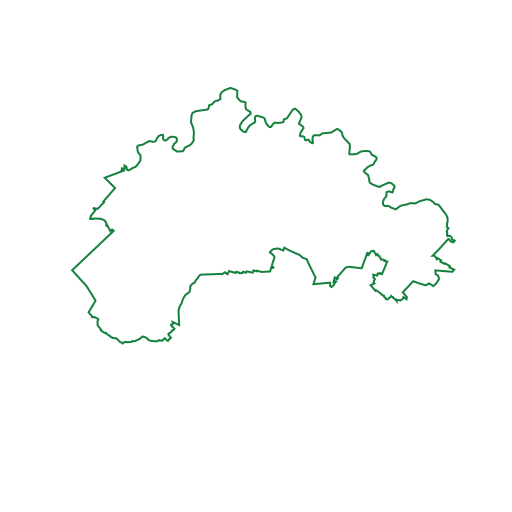 José Sixto Verduzco, Michoacán, Mexico (Albers equal-area conic projection), rotated 36°
{"feature_id": "50627088B2791388082970", "entity_name": "José Sixto Verduzco", "entity_type": "district", "adm_level": 2, "iso_a3": "MEX", "parent_name": "Mexico", "parent_adm1": "Michoacán", "projection": "albers", "projection_center": [-101.555, 20.242], "detail": "fine", "context": "isolated", "style": "outline", "palette": "green", "viewbox_px": 512, "rotation_deg": 36, "n_neighbors": 0, "source": "geoboundaries", "source_scale": "gbopen_adm2", "svg_char_len": 6148}
<svg xmlns="http://www.w3.org/2000/svg" viewBox="0 0 512 512"><g transform="rotate(36 256 256)"><path d="M393.3,120.2L391.9,118.2L390.5,115.1L388.8,112.8L385.9,111.0L373.9,107.3L372.0,107.8L370.6,108.7L367.4,108.1L363.5,108.4L360.6,109.9L356.2,115.5L354.0,119.8L349.7,122.6L348.0,125.3L344.5,129.0L343.0,131.5L341.7,136.0L337.2,137.4L333.8,137.6L330.9,139.8L329.5,139.9L328.2,139.3L327.1,138.0L326.1,134.8L326.3,130.8L324.1,127.7L325.4,125.6L328.9,124.5L329.0,123.6L328.0,121.5L327.8,119.3L327.5,118.5L326.6,117.9L322.8,117.5L320.2,118.6L316.7,124.7L315.7,127.1L314.8,127.8L309.0,129.5L305.6,129.8L304.4,129.5L301.6,126.6L298.9,124.6L294.8,124.5L293.4,124.0L293.3,122.7L294.1,118.5L295.6,115.2L297.0,113.5L297.1,112.6L296.7,109.8L296.7,107.0L296.3,106.1L295.3,105.5L292.8,105.5L290.3,106.1L287.4,104.7L286.4,104.6L285.3,105.1L282.1,107.3L279.5,109.8L277.4,114.5L272.1,118.7L271.2,118.3L267.2,111.5L265.7,110.3L257.3,108.7L255.2,107.7L253.8,106.3L252.1,105.3L248.0,105.2L246.8,105.7L244.3,111.9L237.7,117.7L236.6,121.0L232.4,123.8L231.8,125.2L232.0,126.6L233.4,128.8L235.6,131.0L235.3,131.7L232.2,131.9L230.5,131.0L229.5,131.4L228.5,133.1L227.3,133.2L225.3,131.4L223.7,131.5L221.5,133.1L220.7,132.8L219.4,129.4L219.4,124.8L218.6,124.0L217.0,123.7L213.0,123.8L211.2,116.8L209.7,115.4L205.5,114.1L201.5,113.8L200.7,114.1L199.7,116.4L200.1,125.7L200.0,126.8L198.8,128.0L198.4,129.2L199.4,131.5L197.8,133.6L196.3,134.6L195.7,135.5L192.6,137.1L192.2,139.3L192.3,142.6L191.9,143.3L191.1,143.7L189.9,143.7L187.4,143.1L185.2,142.1L182.5,139.9L181.3,139.6L179.7,139.9L174.1,142.0L173.7,142.6L173.5,143.5L173.9,144.8L176.2,147.5L176.5,148.4L174.4,153.6L174.2,155.0L174.3,158.2L174.8,160.7L174.7,161.9L173.4,162.6L172.3,162.7L168.9,162.5L167.3,161.5L166.2,159.7L165.9,154.8L167.3,146.9L168.1,144.4L167.8,143.6L166.6,142.8L161.8,143.1L160.6,142.3L159.0,140.5L157.5,138.1L156.0,138.1L153.5,139.5L152.0,139.8L147.4,138.6L144.0,133.5L141.9,133.4L136.6,135.0L133.2,140.1L132.1,143.4L132.1,145.4L132.6,147.0L134.9,149.9L133.9,152.6L132.8,153.6L131.6,155.6L131.3,159.0L129.5,161.5L130.9,164.9L130.7,166.0L122.7,173.7L121.5,175.5L120.6,177.6L121.0,179.7L124.7,185.9L130.0,189.3L133.7,193.2L135.5,196.5L137.7,199.0L137.9,203.2L137.2,205.6L135.0,209.6L134.9,211.0L135.4,213.5L135.2,214.2L130.8,217.9L126.1,218.2L125.1,217.8L124.3,216.4L123.9,213.4L124.6,210.0L122.8,207.4L121.5,207.2L119.9,207.6L117.3,209.4L116.2,211.2L115.4,215.1L114.5,216.1L113.0,216.2L111.9,215.8L111.2,215.0L110.7,213.8L109.4,212.7L107.7,214.4L106.7,216.4L106.7,219.6L107.3,221.7L107.1,222.6L105.6,224.2L102.1,225.7L98.9,232.5L96.0,235.5L95.6,236.6L95.7,237.6L98.7,240.7L100.1,241.7L103.3,242.4L104.4,243.6L106.4,247.1L106.4,253.1L106.1,254.8L104.5,257.3L102.9,261.3L102.0,261.8L100.6,261.8L98.7,260.0L96.5,260.1L98.4,262.9L96.0,263.9L96.9,265.7L98.5,265.2L87.6,281.6L102.0,283.9L100.5,301.7L101.5,301.8L100.2,310.9L96.5,312.7L96.6,313.1L99.2,313.4L98.8,320.3L99.8,323.2L100.2,322.9L100.4,323.2L102.4,321.8L102.4,321.3L108.2,317.3L111.7,316.3L113.0,316.3L116.3,317.8L116.8,319.3L118.2,319.4L118.2,318.9L123.5,321.5L123.9,319.2L126.1,319.3L115.6,375.6L136.5,379.9L152.2,386.3L152.5,386.7L153.7,400.0L158.8,401.1L159.2,401.8L161.0,400.8L161.0,400.4L165.2,399.7L165.8,400.2L166.3,402.2L168.5,405.1L174.3,406.8L174.3,407.3L176.5,407.4L179.3,407.0L179.7,406.4L180.6,406.8L185.5,406.6L185.9,406.9L188.6,406.3L191.4,404.7L197.0,405.5L199.1,404.7L199.6,405.0L200.2,402.8L201.0,402.1L201.8,401.9L205.6,399.0L206.0,397.4L207.8,396.6L210.8,391.0L211.4,387.9L213.6,387.0L216.0,386.6L218.6,387.1L221.5,386.1L225.6,383.6L227.3,380.9L227.9,381.0L228.8,380.1L229.9,379.8L230.5,376.1L233.4,376.7L234.7,376.3L234.6,374.4L235.3,372.2L231.3,371.1L230.9,370.2L232.1,367.5L231.9,365.4L232.8,364.6L232.8,362.8L227.9,362.0L227.7,361.2L228.7,360.3L228.4,359.2L227.3,358.4L234.4,357.0L225.3,345.6L224.6,343.1L224.0,342.4L223.6,338.0L222.2,333.8L221.8,330.1L222.0,327.8L223.1,325.3L223.3,323.9L222.2,321.3L220.5,319.0L221.0,315.6L221.9,313.8L221.6,310.7L221.9,307.6L221.6,306.5L222.0,303.8L238.8,290.6L239.4,290.5L240.3,287.5L241.5,287.2L242.0,287.7L243.7,287.4L243.1,283.8L246.7,282.9L246.7,282.6L249.6,281.6L249.3,280.3L252.2,279.3L252.5,279.7L255.1,277.8L254.7,276.4L257.8,275.3L257.4,274.0L263.2,271.4L262.4,269.1L265.4,268.1L265.2,267.5L270.2,265.4L276.5,260.2L275.2,256.7L276.5,255.9L276.4,254.9L277.8,254.9L275.7,254.9L275.2,255.2L275.2,254.8L275.0,255.5L273.2,251.0L273.2,250.3L272.8,249.9L272.0,246.6L270.8,245.5L267.9,244.9L265.2,245.0L265.1,243.9L265.6,241.0L266.8,239.4L269.5,236.9L274.8,235.5L274.0,232.6L280.3,231.8L291.0,229.5L294.7,230.0L298.9,228.7L303.8,231.7L316.8,238.4L319.0,245.0L331.7,234.0L333.5,236.6L335.4,236.7L336.0,233.7L335.7,232.2L335.8,229.7L335.1,229.8L334.1,231.4L332.3,227.1L335.2,227.3L335.4,225.9L334.2,225.5L335.2,213.4L336.0,211.7L337.4,210.2L348.7,203.8L344.0,187.2L345.9,189.7L346.5,189.4L346.3,184.7L347.6,183.0L348.5,182.6L350.4,183.9L351.2,183.6L352.6,184.7L353.3,183.1L354.5,184.0L356.0,183.6L356.6,184.3L358.0,184.4L359.2,185.5L360.8,184.2L362.6,183.7L362.9,184.6L365.4,183.3L368.6,196.6L366.5,196.9L366.6,197.7L365.1,198.1L364.7,198.8L365.6,200.6L361.9,202.2L363.4,203.6L363.5,204.4L365.8,204.7L366.0,206.9L366.8,208.0L366.8,208.6L367.9,208.7L365.9,212.3L373.0,213.9L373.0,213.1L377.9,213.0L380.9,213.4L382.9,212.9L383.2,213.6L385.6,213.7L386.0,214.4L386.7,214.5L388.0,213.7L388.4,211.3L389.2,210.0L388.9,208.9L389.6,209.1L391.0,208.7L390.7,208.3L391.7,209.3L392.8,209.1L396.2,209.8L395.2,208.8L398.9,207.2L399.9,204.7L399.4,202.6L403.2,202.5L402.3,200.6L396.1,199.1L398.0,184.0L405.0,182.0L410.3,180.1L411.7,177.8L411.9,176.6L415.3,176.1L417.0,176.3L417.9,172.8L417.7,167.4L416.6,166.0L414.6,164.8L412.0,165.1L409.6,162.2L424.1,153.4L424.4,150.6L419.2,151.5L418.9,150.2L413.1,150.9L413.0,151.6L408.6,152.2L408.4,150.8L404.2,150.9L404.2,152.3L401.4,151.0L399.8,151.2L398.7,152.0L400.0,143.5L401.5,129.5L402.0,129.0L404.7,129.6L406.7,129.6L407.8,128.6L407.2,127.5L407.7,126.8L407.1,126.7L406.6,127.3L404.4,127.1L403.1,125.9L400.6,125.7L399.5,127.2L398.5,127.2L396.7,124.3L395.9,124.0L395.3,121.9L395.4,120.5L393.3,120.2Z" fill="none" stroke="#15803d" stroke-width="2"/></g></svg>